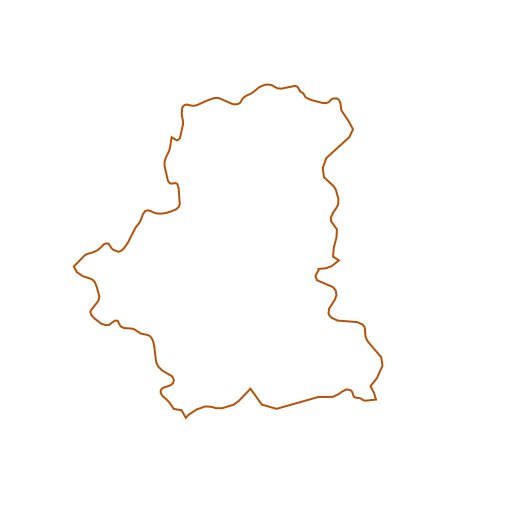 the Metropolitan department of Haute-Vienne, rotated 22°
{"feature_id": "FRA-5303", "entity_name": "Haute-Vienne", "entity_type": "Metropolitan department", "adm_level": 1, "iso_a3": "FRA", "parent_name": "France", "parent_adm1": "", "projection": "orthographic", "projection_center": [1.157, 45.922], "detail": "fine", "context": "isolated", "style": "outline", "palette": "amber", "viewbox_px": 512, "rotation_deg": 22, "n_neighbors": 0, "source": "natural_earth", "source_scale": "10m", "svg_char_len": 2869}
<svg xmlns="http://www.w3.org/2000/svg" viewBox="0 0 512 512"><g transform="rotate(22 256 256)"><path d="M416.8,338.8L421.0,344.2L411.6,349.2L409.4,349.5L407.2,348.9L405.4,348.9L401.4,350.0L399.3,349.7L396.3,346.2L394.3,345.0L389.9,345.8L386.9,349.1L384.0,353.6L379.8,357.9L366.6,363.4L332.3,390.0L317.1,391.6L300.6,381.1L294.4,396.7L291.0,402.2L281.6,409.8L275.9,412.1L270.8,412.6L265.1,414.6L258.3,420.7L252.9,428.5L251.6,432.3L244.7,426.9L237.0,428.6L230.9,424.5L227.3,422.7L221.8,420.9L219.1,418.8L218.0,416.5L218.4,414.4L219.2,413.0L219.7,412.5L223.2,409.7L225.4,407.5L226.7,405.1L226.4,402.0L224.9,400.2L222.8,398.9L211.9,397.3L206.7,395.1L203.9,392.5L202.1,389.9L195.9,378.6L192.4,373.4L189.8,371.2L187.5,369.9L184.4,369.9L179.7,370.9L177.7,371.0L170.8,369.6L168.5,369.7L160.6,372.2L157.0,372.0L154.8,370.4L152.1,367.9L150.1,368.4L148.5,370.0L145.7,374.8L142.7,376.3L138.2,376.8L129.6,374.4L125.4,372.4L123.3,369.8L123.5,367.4L126.4,357.5L126.5,355.0L125.9,352.2L120.3,344.8L116.6,340.8L113.9,339.4L111.2,339.0L103.2,339.6L96.0,338.1L91.0,334.0L97.1,319.2L98.9,317.3L103.8,313.4L106.8,310.1L108.7,306.8L110.7,301.9L112.7,300.2L114.8,299.9L119.1,302.9L121.5,303.7L127.0,303.6L128.7,302.1L130.0,300.0L130.9,297.5L132.2,291.9L133.5,276.4L133.9,273.8L135.0,270.4L135.6,267.6L135.7,265.4L135.5,259.6L136.5,255.8L138.3,254.3L140.6,253.8L145.6,254.0L148.0,253.7L150.8,252.8L153.7,251.5L157.0,249.4L160.2,246.8L164.4,242.7L165.9,239.6L166.0,236.7L159.2,222.8L157.7,220.5L156.0,218.7L154.0,218.6L150.3,220.7L148.3,220.6L146.3,219.4L137.6,207.0L136.5,204.4L135.8,201.9L135.6,199.5L135.6,197.3L136.0,192.7L136.0,190.2L135.6,187.3L133.3,177.5L139.4,178.5L140.6,177.0L141.3,175.0L138.9,160.6L137.5,157.8L135.4,154.7L133.6,151.3L132.0,145.7L133.1,142.9L135.0,141.5L140.2,140.7L142.8,139.7L145.1,137.9L151.9,130.7L158.0,125.3L160.6,124.0L162.9,123.5L177.1,123.9L179.6,123.4L182.4,121.8L183.7,120.1L184.2,118.5L184.3,116.2L185.4,113.2L187.0,111.0L190.5,107.4L192.7,103.9L195.5,98.7L198.1,95.7L200.7,93.6L203.3,92.4L205.7,91.8L208.1,91.7L210.5,92.3L213.4,92.4L216.9,91.3L228.4,83.7L231.1,83.5L235.5,86.9L238.8,87.4L242.4,90.2L245.4,90.6L249.1,90.6L260.2,89.2L263.8,88.0L265.8,86.1L266.6,83.7L268.0,81.5L271.4,79.7L274.1,80.0L276.4,81.8L278.0,84.3L279.2,86.7L280.5,88.9L291.9,96.7L298.5,102.2L298.0,110.8L284.5,138.9L284.9,149.4L289.5,157.5L301.6,162.1L305.1,164.5L311.0,172.2L312.9,177.5L312.4,182.0L311.3,186.4L311.0,191.7L312.5,195.6L321.1,201.0L323.7,208.7L325.0,219.3L327.7,227.7L334.5,229.0L330.1,236.8L325.4,241.2L318.9,244.6L319.3,245.2L318.6,252.3L321.6,255.6L339.0,256.0L342.7,258.0L345.2,261.9L345.5,266.9L343.5,277.3L344.7,282.1L347.0,284.1L350.0,285.0L355.9,285.3L374.5,279.4L380.7,279.7L383.1,281.1L384.6,283.3L387.3,288.9L388.8,290.9L392.2,293.7L410.0,302.9L414.4,310.4L413.9,323.7L410.9,333.8L416.8,338.8Z" fill="none" stroke="#b45309" stroke-width="2"/></g></svg>